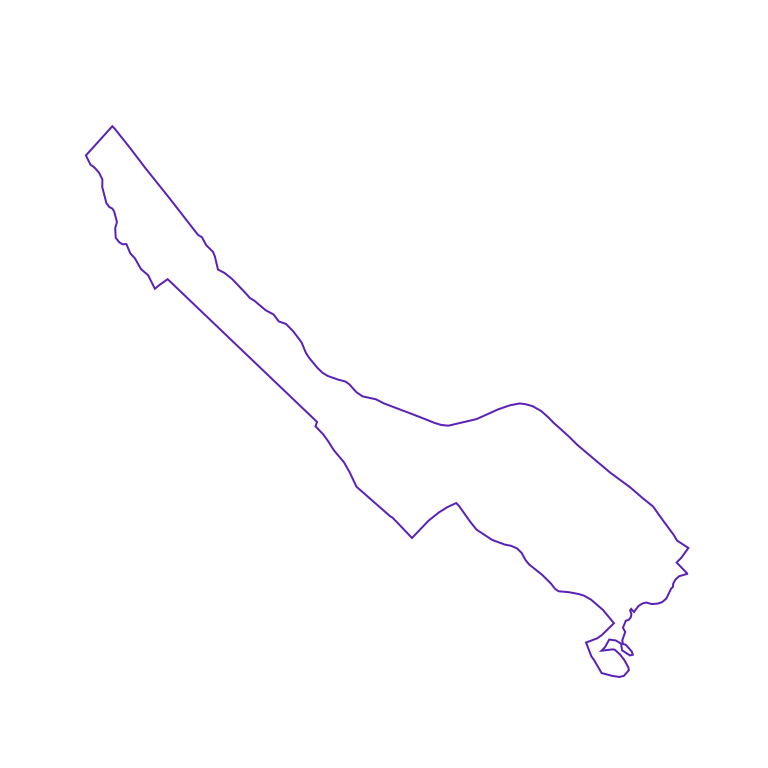 Gagaemauga I (PART), A'ana, Samoa, rotated 133°
{"feature_id": "51752279B78880498357537", "entity_name": "Gagaemauga I (PART)", "entity_type": "district", "adm_level": 2, "iso_a3": "WSM", "parent_name": "Samoa", "parent_adm1": "A'ana", "projection": "albers", "projection_center": [-171.869, -13.827], "detail": "fine", "context": "isolated", "style": "outline", "palette": "violet", "viewbox_px": 768, "rotation_deg": 133, "n_neighbors": 0, "source": "geoboundaries", "source_scale": "gbopen_adm2", "svg_char_len": 2130}
<svg xmlns="http://www.w3.org/2000/svg" viewBox="0 0 768 768"><g transform="rotate(133 384 384)"><path d="M441.8,46.5L442.6,42.2L447.0,27.7L441.8,18.0L437.7,12.0L433.8,9.5L426.3,9.8L424.7,11.9L422.1,19.5L420.9,26.5L420.9,33.8L421.9,35.6L430.7,43.0L425.7,42.9L417.3,45.0L413.5,39.6L412.2,33.5L416.4,28.3L414.8,19.0L412.3,17.4L410.7,20.3L409.8,29.3L411.2,32.1L408.8,35.0L400.8,38.5L399.3,43.0L392.2,45.7L389.6,44.2L386.4,44.4L383.6,46.1L381.6,49.7L379.9,49.8L380.3,45.7L372.6,46.5L367.8,45.1L364.9,43.1L362.3,38.0L357.7,33.9L353.7,31.8L348.3,31.2L337.7,34.5L335.3,34.3L332.9,36.3L328.3,37.5L323.4,37.1L315.3,32.3L315.8,32.6L315.0,48.2L307.9,48.1L296.3,49.6L298.7,62.9L296.8,69.2L293.5,87.0L290.1,103.7L291.1,117.5L291.7,133.5L294.6,158.5L296.7,201.2L296.3,213.5L296.7,233.9L296.3,240.7L296.6,250.7L298.9,260.3L302.3,266.8L305.7,271.5L313.7,277.4L325.3,283.5L346.6,292.4L370.6,308.5L374.9,314.2L377.9,320.3L383.3,334.2L398.3,371.0L400.7,379.5L407.7,391.3L408.8,398.8L407.9,409.2L408.4,413.7L412.5,421.4L416.5,430.7L417.7,436.7L417.6,443.9L415.9,456.8L414.4,462.6L409.8,472.6L407.4,486.2L406.9,496.6L410.0,503.7L408.5,512.2L410.8,521.0L411.5,535.6L412.6,540.8L411.9,547.5L410.8,566.7L411.6,576.5L413.5,583.5L406.1,594.6L404.0,599.1L403.7,608.8L400.8,617.3L401.8,621.7L394.1,669.8L388.9,705.4L384.7,729.9L381.0,754.6L380.8,758.5L420.1,757.9L423.8,748.2L423.1,744.0L423.8,736.5L426.4,729.5L432.1,724.4L441.1,710.3L441.9,705.6L441.0,702.5L441.8,699.1L447.7,689.7L453.2,687.0L460.0,680.0L460.9,674.3L460.2,670.7L457.4,667.7L461.5,658.6L462.0,651.8L465.7,640.1L465.3,630.7L470.6,616.5L464.9,615.8L454.9,613.7L456.8,457.6L457.4,407.1L461.7,405.2L462.3,393.9L464.0,385.5L466.6,375.7L468.6,359.7L472.0,348.9L477.9,334.0L476.5,288.7L475.9,286.7L477.5,258.5L453.4,258.2L440.2,256.2L430.6,253.6L421.8,250.0L422.1,245.6L426.0,226.7L427.4,216.9L424.3,198.7L419.0,186.0L415.7,180.8L413.5,174.4L413.7,168.1L416.2,160.5L417.0,154.6L415.7,138.1L416.1,125.7L417.2,119.2L416.5,114.9L410.1,106.7L404.7,98.2L402.4,93.4L400.5,85.4L399.9,69.9L402.1,52.7L419.4,53.5L424.5,54.6L435.3,59.9L441.8,46.5Z" fill="none" stroke="#5b21b6" stroke-width="2"/></g></svg>